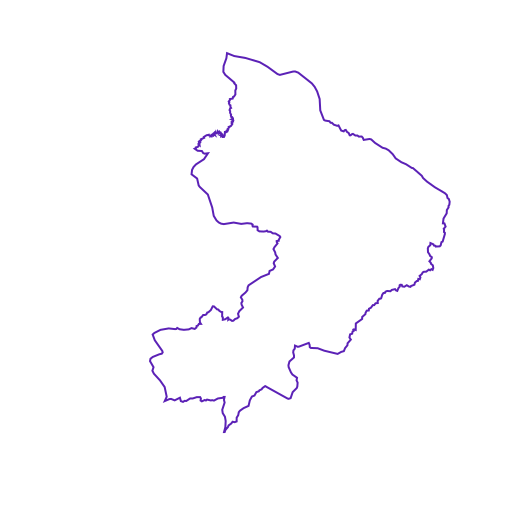 San Martin, San Martín, Peru (orthographic projection), rotated 308°
{"feature_id": "86281439B4761836687342", "entity_name": "San Martin", "entity_type": "district", "adm_level": 2, "iso_a3": "PER", "parent_name": "Peru", "parent_adm1": "San Martín", "projection": "orthographic", "projection_center": [-75.887, -6.437], "detail": "fine", "context": "isolated", "style": "outline", "palette": "violet", "viewbox_px": 512, "rotation_deg": 308, "n_neighbors": 0, "source": "geoboundaries", "source_scale": "gbopen_adm2", "svg_char_len": 6152}
<svg xmlns="http://www.w3.org/2000/svg" viewBox="0 0 512 512"><g transform="rotate(308 256 256)"><path d="M280.7,154.9L280.8,161.9L276.3,167.4L275.8,169.2L274.8,180.2L267.2,191.7L261.6,198.0L259.7,203.0L259.5,206.1L260.0,208.6L261.3,211.0L268.6,217.8L272.2,224.6L276.4,228.8L278.6,232.3L278.7,234.0L277.6,234.6L277.3,235.4L279.8,238.8L279.6,239.5L277.3,241.4L277.5,243.5L280.0,247.0L281.8,248.7L282.7,249.0L282.5,250.4L284.1,252.7L284.2,255.3L285.7,257.5L286.3,262.4L285.9,263.5L282.5,264.0L282.0,264.5L280.5,263.1L279.8,263.7L279.2,265.2L274.3,265.1L272.2,265.5L270.7,268.8L269.2,270.5L267.9,274.4L262.8,273.8L261.2,274.4L259.5,277.5L255.9,277.7L252.6,275.9L249.9,277.2L242.5,272.9L228.3,268.2L226.2,268.7L223.7,270.3L220.7,270.2L215.8,269.2L214.1,269.5L213.1,272.2L212.0,273.2L209.9,273.4L208.8,274.6L207.4,277.5L202.3,276.8L199.4,277.4L197.6,279.9L195.5,279.6L193.4,278.3L191.1,278.0L190.1,277.1L190.0,274.9L189.4,273.6L188.7,273.4L190.2,272.4L190.3,271.7L187.2,270.7L185.3,269.1L187.3,267.6L187.4,266.6L191.0,263.9L190.5,263.2L190.2,261.0L190.6,259.3L190.0,258.2L190.4,253.9L189.7,252.9L185.6,253.7L182.3,253.1L181.5,252.4L179.4,252.8L178.1,252.1L177.0,250.7L174.0,250.7L173.5,250.2L171.8,250.4L170.5,251.5L169.2,252.7L168.6,254.4L167.3,252.8L165.3,253.0L164.2,252.3L163.0,253.1L160.8,252.6L159.5,249.6L156.8,248.2L153.4,244.6L151.2,240.8L150.8,238.2L149.4,238.1L148.6,237.3L145.2,231.8L139.0,226.2L132.8,223.3L130.5,222.9L127.3,228.1L123.5,240.6L122.6,241.8L121.0,241.9L119.0,240.3L112.9,236.8L110.1,236.1L107.9,237.2L105.3,243.7L101.8,245.0L100.4,248.0L98.9,256.9L96.5,264.7L90.1,272.3L85.5,273.4L90.0,275.9L91.1,277.1L92.2,280.8L97.5,283.3L95.4,286.1L96.1,288.3L97.9,288.9L98.8,290.3L103.2,291.8L104.7,293.8L108.3,296.2L110.4,298.9L109.8,300.3L108.0,301.3L108.1,302.8L111.0,304.3L111.3,305.5L112.7,305.8L114.4,309.4L115.4,310.2L116.2,311.9L120.3,313.7L123.8,317.1L125.0,317.2L125.6,318.0L122.9,319.3L121.2,321.5L114.0,324.1L111.7,326.5L110.2,330.5L107.3,333.7L102.3,337.2L97.6,339.2L98.0,339.7L100.1,339.0L104.0,339.2L105.6,338.7L108.6,339.6L111.0,339.6L111.9,341.5L113.7,342.6L116.7,340.3L119.6,340.0L122.3,338.6L124.2,338.6L128.5,339.9L133.3,342.4L138.5,340.0L142.7,339.3L145.1,340.7L149.0,340.1L151.1,341.5L152.3,341.4L154.4,342.5L156.0,342.4L159.1,343.3L163.1,368.6L163.5,369.6L165.3,370.8L171.3,368.7L177.0,369.4L178.6,368.9L181.8,366.8L183.0,364.5L185.3,363.3L185.0,357.7L185.8,355.2L188.5,350.2L189.9,348.8L193.5,347.3L199.4,348.4L201.0,347.2L202.9,344.7L204.7,343.6L206.8,343.6L209.4,341.9L210.2,344.9L211.3,345.8L220.0,351.1L219.0,352.9L217.3,354.5L217.3,355.8L221.3,361.4L223.4,368.1L229.1,380.6L232.9,382.2L235.1,383.8L238.3,382.9L241.9,383.0L243.6,381.9L248.5,382.2L249.3,379.8L252.2,378.4L254.0,379.6L255.9,378.6L257.1,379.1L257.9,378.0L258.5,378.3L259.1,380.1L264.3,376.2L271.7,378.4L273.4,377.2L277.5,378.0L278.7,377.3L281.1,376.9L282.5,378.4L284.0,377.5L286.0,378.4L289.2,378.3L290.1,379.4L292.3,379.3L293.9,380.9L295.5,379.5L298.3,379.5L299.1,380.5L299.9,380.6L303.2,379.3L305.3,379.2L306.3,380.3L307.6,380.0L309.2,380.9L311.0,383.6L312.9,383.9L315.5,386.0L315.1,387.6L315.5,388.8L318.4,388.0L320.5,388.1L321.3,387.2L322.2,387.4L323.0,388.6L322.1,390.0L323.1,391.8L325.8,392.8L326.1,395.4L326.8,396.7L327.7,396.6L330.9,398.5L332.9,397.6L335.3,398.1L336.0,398.9L337.9,398.0L338.5,399.4L340.4,398.7L341.0,397.2L343.7,397.8L345.7,397.5L346.8,397.9L348.5,399.8L351.7,400.6L351.9,402.0L353.6,402.3L353.8,403.7L355.7,403.1L357.5,401.1L357.6,398.6L358.3,397.9L358.6,395.9L362.3,395.9L363.3,395.3L363.3,392.9L364.0,392.0L364.9,389.2L367.8,386.7L369.4,386.2L371.8,386.7L373.6,385.5L374.4,388.6L373.8,389.8L374.5,391.1L374.1,391.8L376.7,394.8L378.0,395.0L381.1,393.6L382.3,394.2L389.6,391.3L390.6,390.5L390.6,389.4L392.8,387.8L393.0,387.2L395.9,387.3L397.7,384.4L396.8,383.2L401.0,380.7L407.0,380.0L409.7,378.1L412.9,377.8L413.9,376.9L415.4,376.8L418.0,375.2L419.6,372.9L419.6,371.2L421.5,368.9L421.8,366.3L420.3,354.7L419.9,345.0L420.3,339.7L421.3,337.2L421.9,325.6L421.3,324.5L420.7,317.8L419.4,312.8L418.9,306.0L420.4,301.1L421.0,295.5L420.5,292.1L419.2,289.1L418.4,280.2L418.8,275.0L418.1,273.4L413.8,269.4L415.0,267.2L415.2,265.7L413.4,263.5L413.4,261.8L412.1,260.1L411.9,257.2L411.3,256.7L409.3,256.2L408.8,255.5L410.0,253.3L409.8,251.4L410.6,249.1L409.7,248.4L408.2,248.4L407.3,245.9L409.7,240.6L408.6,239.9L407.4,236.5L407.7,233.8L406.9,232.7L407.4,230.9L405.3,227.1L405.1,225.7L410.3,217.0L418.9,209.5L423.3,202.9L425.4,198.1L426.4,193.8L426.5,176.4L425.5,173.2L424.1,171.6L413.4,163.3L412.6,160.9L412.2,148.6L411.0,139.6L405.6,125.9L400.1,115.6L398.0,108.3L393.6,110.9L385.8,113.5L381.0,116.9L379.8,120.3L379.3,132.2L378.7,132.5L378.3,135.2L375.8,137.3L373.7,137.8L370.6,140.3L368.0,140.5L367.3,140.0L365.7,140.7L363.6,138.8L362.9,139.4L361.0,139.4L360.8,140.3L359.8,140.5L358.9,142.0L359.0,143.1L357.7,144.1L357.3,145.2L356.3,144.8L354.7,145.3L354.3,146.4L352.9,147.4L352.0,149.4L351.2,149.7L349.9,151.6L350.7,151.9L350.3,153.1L349.0,154.2L348.7,153.8L348.8,154.5L348.2,154.5L347.8,155.1L346.7,154.4L346.4,155.0L346.1,154.7L345.5,155.1L345.2,156.1L343.0,156.2L341.2,155.2L341.1,155.7L338.7,155.5L338.6,156.2L336.4,156.8L335.6,156.4L335.9,155.8L334.9,156.0L334.5,155.2L331.6,157.2L330.9,157.3L330.6,156.7L330.0,157.3L329.3,156.5L329.9,155.4L328.8,154.9L329.6,154.2L329.4,153.7L330.2,154.0L329.7,153.2L330.6,153.9L330.8,153.2L331.2,153.4L331.4,152.0L330.4,151.6L331.2,151.4L330.8,150.9L331.2,150.4L330.3,150.2L330.5,149.5L329.9,149.9L328.5,149.6L328.4,148.6L328.8,148.0L328.4,148.1L328.2,147.6L327.6,148.0L327.4,147.3L326.9,147.2L326.0,149.0L325.9,147.8L324.9,148.1L325.0,147.3L324.3,147.6L324.2,147.1L323.5,147.3L323.6,146.8L323.0,147.1L323.0,146.3L322.2,146.2L322.6,145.7L322.0,144.4L322.4,144.1L320.7,142.7L317.7,141.6L317.2,142.4L314.4,140.9L314.3,141.3L312.8,141.4L312.7,140.9L310.9,140.5L310.5,141.1L310.9,141.2L310.9,142.1L309.8,141.9L309.8,141.5L309.0,141.6L309.3,142.6L308.5,143.4L308.5,142.7L306.2,143.0L304.6,141.8L304.2,142.2L302.8,141.6L303.0,145.2L305.4,148.7L304.6,151.1L305.0,152.5L307.4,154.9L300.3,155.4L291.2,152.3L287.7,152.0L284.5,152.6L280.7,154.9Z" fill="none" stroke="#5b21b6" stroke-width="2"/></g></svg>